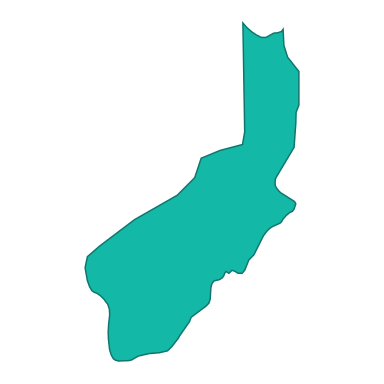 an SVG outline of Tougué
{"feature_id": "GIN-5658", "entity_name": "Tougué", "entity_type": "Prefecture", "adm_level": 1, "iso_a3": "GIN", "parent_name": "Guinea", "parent_adm1": "", "projection": "equal_earth", "projection_center": [-11.475, 11.52], "detail": "fine", "context": "isolated", "style": "filled", "palette": "teal", "viewbox_px": 384, "rotation_deg": 0, "n_neighbors": 0, "source": "natural_earth", "source_scale": "10m", "svg_char_len": 1321}
<svg xmlns="http://www.w3.org/2000/svg" viewBox="0 0 384 384"><path d="M242.9,23.0L246.9,27.6L251.7,31.8L256.6,35.1L261.3,37.4L266.0,37.4L273.8,33.1L277.7,32.8L281.5,31.5L283.1,29.3L283.9,45.4L287.6,57.2L298.9,71.5L298.9,91.2L298.9,105.1L296.1,112.3L295.8,123.6L295.1,132.8L294.1,147.3L275.6,178.3L275.1,181.7L275.1,184.0L275.4,185.9L276.0,187.2L276.9,188.5L278.6,190.7L280.5,192.6L294.6,201.6L295.8,203.9L294.1,209.0L292.5,211.3L289.6,212.6L286.1,215.6L283.1,219.0L281.9,221.2L280.5,222.9L272.0,226.8L269.5,228.6L267.2,230.8L263.5,235.6L253.9,254.8L248.8,260.0L244.8,270.1L242.1,273.3L238.1,273.3L234.9,271.3L232.0,270.3L228.9,273.3L226.1,271.5L224.8,273.0L223.8,275.7L222.3,277.8L220.2,279.2L218.7,279.9L216.5,280.2L213.7,281.2L211.9,283.8L210.9,287.6L210.2,299.1L208.9,303.1L206.4,305.8L191.1,317.3L189.5,321.6L179.1,336.6L178.5,338.0L171.6,346.9L167.6,350.8L159.6,352.7L149.0,353.6L138.2,356.1L131.5,360.0L128.9,360.6L118.5,361.0L115.7,360.3L113.4,358.8L111.3,355.1L109.6,349.7L108.4,338.7L108.2,331.8L108.6,324.7L109.7,314.7L109.4,309.3L107.8,304.4L103.7,298.9L100.3,295.6L96.9,293.3L94.2,292.3L91.9,290.7L89.6,286.8L87.3,280.4L85.1,267.7L87.4,256.7L99.8,245.9L134.6,219.6L177.3,195.2L194.7,177.7L201.2,158.2L220.1,150.4L242.5,144.5L244.7,131.8L242.9,23.0Z" fill="#14b8a6" stroke="#0f766e" stroke-width="1.5"/></svg>